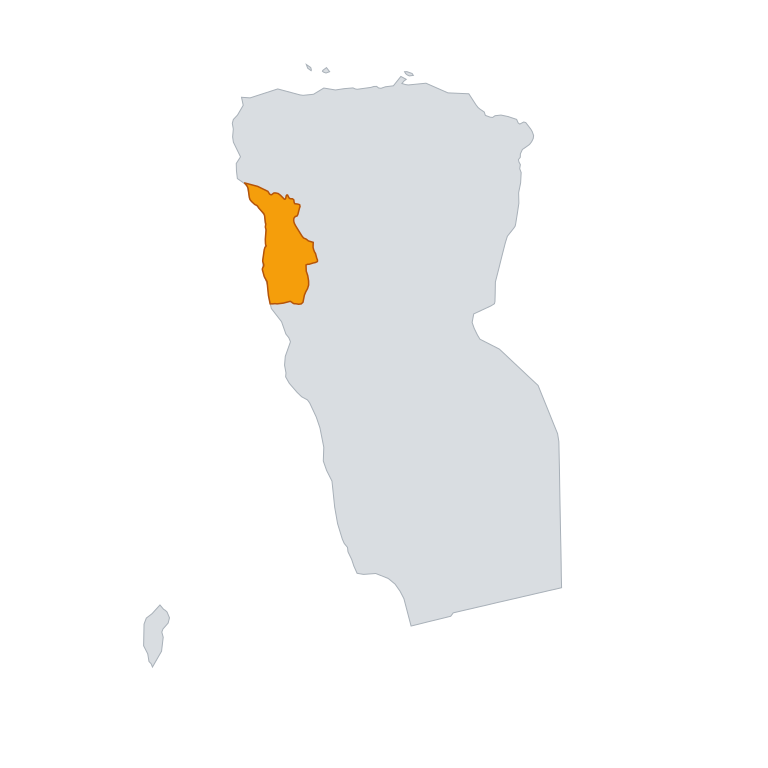 Abyan highlighted on a map of Yemen, rotated 98°
{"feature_id": "YEM-3511", "entity_name": "Abyan", "entity_type": "Governorate", "adm_level": 1, "iso_a3": "YEM", "parent_name": "Yemen", "parent_adm1": "", "projection": "natural_earth1", "projection_center": [46.013, 13.619], "detail": "fine", "context": "in_parent", "style": "filled", "palette": "amber", "viewbox_px": 768, "rotation_deg": 98, "n_neighbors": 0, "source": "natural_earth", "source_scale": "10m", "svg_char_len": 4354}
<svg xmlns="http://www.w3.org/2000/svg" viewBox="0 0 768 768"><g transform="rotate(98 384 384)"><path d="M619.9,323.5L593.8,334.4L586.9,339.3L580.6,345.2L576.0,352.7L572.8,365.8L575.4,377.8L575.2,384.3L568.5,388.5L562.2,391.6L555.2,396.3L550.9,397.4L547.4,401.2L543.4,403.7L528.8,410.5L512.8,415.7L487.4,422.0L477.6,428.8L468.7,433.4L455.1,434.8L436.4,441.3L426.1,446.5L413.2,454.9L410.4,457.6L408.1,463.8L404.2,469.1L396.5,477.9L390.6,482.4L386.7,482.6L379.2,485.1L370.3,485.6L355.2,482.5L351.4,484.7L348.2,488.1L336.6,494.1L324.9,506.1L316.2,509.3L302.3,513.1L292.5,518.1L286.0,520.1L277.6,521.2L261.9,520.7L247.1,522.5L233.4,525.9L227.0,532.3L219.6,542.5L207.6,546.7L204.8,550.3L201.0,557.8L193.3,559.8L186.2,561.0L179.0,557.7L165.5,566.8L160.3,568.3L152.5,568.7L147.0,570.5L143.0,570.0L138.1,566.5L127.6,562.2L119.9,565.0L119.3,556.4L106.6,530.3L109.4,507.5L109.4,504.3L106.9,494.1L99.3,484.8L99.6,473.0L97.1,464.6L95.1,455.9L95.8,453.6L95.9,451.6L92.1,438.2L90.8,435.5L90.3,432.7L91.6,430.6L91.6,428.1L89.5,424.0L87.4,416.2L77.1,410.1L79.2,404.4L81.2,406.4L83.9,408.1L84.5,404.4L84.5,401.6L80.3,384.3L86.8,361.2L84.8,340.4L94.5,332.0L97.0,329.5L98.4,327.3L100.7,322.6L103.9,321.0L105.0,316.0L104.9,313.5L102.9,311.4L101.4,305.6L101.9,298.2L102.5,295.1L103.5,289.5L106.9,287.4L107.7,285.7L105.1,282.1L105.4,280.0L111.2,274.1L113.5,272.3L117.2,270.4L120.1,270.4L123.5,271.5L126.5,273.2L129.4,276.2L132.5,279.6L137.2,281.0L140.5,280.6L143.1,282.1L145.3,281.3L147.8,279.5L151.9,279.6L155.5,277.6L165.8,276.7L175.8,277.3L186.2,275.6L196.6,275.7L207.1,275.9L209.4,276.1L211.7,277.2L220.5,282.4L227.2,283.5L240.6,285.0L255.0,286.5L267.5,287.9L278.0,286.6L286.8,285.6L289.1,285.8L291.8,289.0L297.1,297.2L302.1,304.9L310.8,305.3L316.4,302.4L322.5,298.3L326.3,295.2L330.6,282.7L333.4,274.6L339.8,265.5L345.2,257.9L352.3,247.8L356.3,242.2L364.0,231.2L371.5,226.9L385.8,218.6L399.9,210.5L409.0,205.2L416.8,202.8L429.9,200.7L445.3,198.2L460.7,195.8L477.1,193.2L495.3,190.3L507.8,188.3L523.8,185.7L537.1,183.6L548.9,181.8L561.0,179.8L563.4,185.9L565.7,192.1L568.1,198.2L570.4,204.3L572.8,210.4L575.1,216.5L577.5,222.6L579.8,228.7L582.2,234.9L584.5,241.0L586.9,247.1L589.3,253.2L591.6,259.3L594.0,265.4L596.3,271.5L598.7,277.7L601.0,283.6L604.7,285.6L607.0,291.3L610.2,299.3L613.4,307.4L616.7,315.5L619.9,323.5ZM657.4,568.8L660.6,569.5L665.5,567.4L679.6,567.1L696.5,573.9L693.4,575.7L691.5,578.1L684.1,580.4L676.7,585.6L655.2,588.2L648.9,586.8L643.7,581.7L634.0,575.1L637.8,570.9L638.6,569.0L640.0,567.1L645.4,563.9L650.8,564.5L657.4,568.8ZM83.6,487.2L82.9,488.5L81.9,488.2L78.7,485.0L82.3,481.3L84.1,484.7L83.6,487.2ZM73.6,405.8L71.9,407.1L71.5,404.8L72.6,399.4L74.3,397.9L75.4,401.8L74.7,404.0L73.6,405.8ZM81.9,503.5L78.4,505.4L80.8,500.6L83.2,499.6L83.9,499.8L81.9,503.5Z" fill="#d9dde1" stroke="#a8b0b8" stroke-width="1"/><path d="M320.5,507.9L312.3,510.8L299.0,514.0L294.4,517.5L287.9,520.3L287.1,520.5L286.0,520.3L284.2,519.6L282.9,519.6L281.8,520.0L279.6,521.1L278.5,521.3L267.7,521.3L265.4,520.9L264.3,520.2L263.6,519.9L263.3,520.2L263.0,520.4L261.6,520.9L257.1,521.7L248.2,522.2L247.3,522.4L245.6,523.2L244.8,523.4L242.6,523.3L241.7,523.4L241.1,523.8L233.9,525.7L232.1,526.7L227.1,532.6L225.6,533.8L224.9,534.7L224.2,537.0L221.7,540.6L220.1,542.3L218.1,543.3L209.2,545.8L207.1,547.1L205.2,548.9L204.5,549.9L204.2,550.5L205.9,536.6L209.4,525.8L211.9,523.7L212.3,522.4L212.2,521.7L211.6,521.0L210.9,520.4L210.1,519.5L209.9,517.7L210.1,515.3L211.5,512.8L214.4,509.0L214.9,508.2L214.7,507.6L213.8,507.2L211.1,507.0L210.4,506.6L210.3,505.8L212.3,504.4L213.3,503.5L213.5,502.6L213.5,501.6L213.3,500.6L213.7,499.7L214.3,498.9L216.2,498.4L217.1,498.0L217.8,497.5L217.9,496.5L217.8,495.3L218.0,493.3L218.3,492.4L220.2,491.8L220.9,492.1L228.1,492.9L229.7,493.5L230.5,495.2L232.4,496.3L233.4,496.3L234.5,496.2L236.0,495.8L237.6,495.0L239.7,493.5L248.7,486.0L250.6,484.0L251.4,481.1L252.8,478.8L253.6,473.8L258.4,473.3L260.7,472.4L262.7,471.3L264.3,470.0L268.8,468.1L270.5,467.1L272.0,467.0L273.2,468.7L274.0,470.9L275.8,474.7L276.1,476.4L277.0,477.8L283.1,476.7L287.3,474.6L292.5,473.0L296.5,472.4L300.2,473.0L303.6,474.3L307.1,475.2L314.3,475.6L316.2,477.1L316.9,479.6L316.8,482.3L317.0,484.4L316.4,485.9L315.7,487.0L315.2,488.4L317.9,494.9L319.5,500.9L319.6,503.2L320.0,504.8L320.5,507.9L320.5,507.9Z" fill="#f59e0b" stroke="#b45309" stroke-width="1.5"/></g></svg>